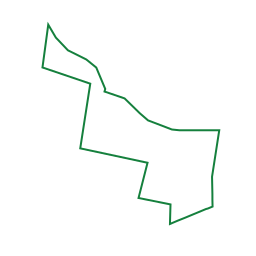 Islaz, Teleorman, Romania (Robinson projection), rotated 191°
{"feature_id": "2599482B71059292210776", "entity_name": "Islaz", "entity_type": "district", "adm_level": 2, "iso_a3": "ROU", "parent_name": "Romania", "parent_adm1": "Teleorman", "projection": "robinson", "projection_center": [24.796, 43.749], "detail": "fine", "context": "isolated", "style": "outline", "palette": "green", "viewbox_px": 256, "rotation_deg": 191, "n_neighbors": 0, "source": "geoboundaries", "source_scale": "gbopen_adm2", "svg_char_len": 527}
<svg xmlns="http://www.w3.org/2000/svg" viewBox="0 0 256 256"><g transform="rotate(191 128 128)"><path d="M30.0,67.0L31.4,73.4L32.6,79.5L36.2,96.2L38.0,143.2L77.0,135.6L84.6,134.9L109.8,139.3L119.2,144.7L137.0,156.4L158.0,159.3L157.8,162.0L170.7,181.3L182.0,187.3L201.8,192.8L216.1,203.0L226.0,214.2L223.5,171.1L173.5,164.3L171.0,98.9L102.2,97.6L102.7,89.0L104.3,61.3L71.7,61.1L70.8,55.6L68.5,41.8L61.7,46.4L54.7,50.9L47.8,55.5L40.4,60.4L35.9,63.4L34.4,64.1L30.0,67.0Z" fill="none" stroke="#15803d" stroke-width="2"/></g></svg>